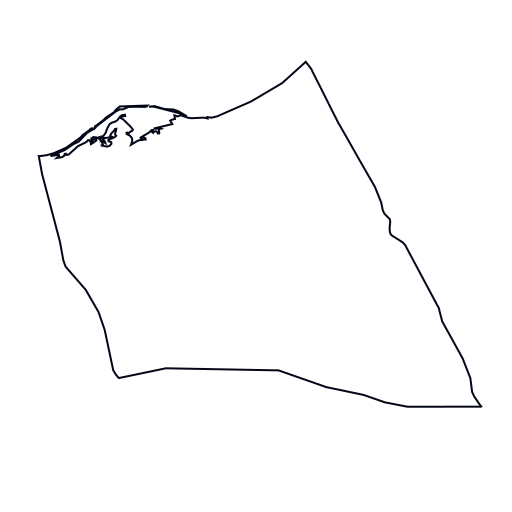 the Governorate of Shamal Sina', rotated 351°
{"feature_id": "EGY-1558", "entity_name": "Shamal Sina'", "entity_type": "Governorate", "adm_level": 1, "iso_a3": "EGY", "parent_name": "Egypt", "parent_adm1": "", "projection": "mercator", "projection_center": [33.332, 30.402], "detail": "fine", "context": "isolated", "style": "outline", "palette": "ink", "viewbox_px": 512, "rotation_deg": 351, "n_neighbors": 0, "source": "natural_earth", "source_scale": "10m", "svg_char_len": 3063}
<svg xmlns="http://www.w3.org/2000/svg" viewBox="0 0 512 512"><g transform="rotate(351 256 256)"><path d="M343.9,92.9L345.7,98.4L352.5,119.9L358.0,137.0L364.7,154.6L373.5,178.2L384.3,206.5L388.0,222.6L388.4,230.9L389.5,234.4L392.2,238.2L394.0,240.7L393.9,243.4L392.3,249.4L392.0,253.0L392.3,255.3L393.6,257.2L403.0,265.5L405.0,268.4L410.7,285.0L421.0,314.7L427.7,334.1L428.2,335.2L428.5,336.4L428.6,337.6L428.6,338.8L429.7,349.8L437.3,370.7L444.1,389.6L448.6,410.2L448.2,424.0L449.5,428.8L453.4,437.1L454.9,439.9L454.7,440.0L382.1,428.6L360.4,420.7L340.2,409.9L304.9,396.5L260.4,372.5L149.4,352.8L101.5,355.1L100.2,353.2L98.7,350.5L97.1,346.3L95.0,305.4L91.7,286.7L82.5,262.7L66.5,237.1L66.2,236.2L65.6,233.5L65.0,229.4L64.6,211.4L57.5,141.2L57.1,123.6L57.1,123.4L57.4,123.5L65.1,123.7L72.4,122.8L85.3,119.4L100.8,111.7L103.8,109.4L110.9,105.8L112.9,104.3L114.1,104.3L114.1,105.8L108.5,107.9L98.8,115.3L93.2,116.9L83.7,121.4L68.7,125.2L77.1,125.2L77.1,126.6L74.7,128.0L80.0,128.0L82.0,127.2L83.1,125.2L84.2,125.2L84.3,126.4L84.9,126.6L85.6,126.4L86.6,126.6L97.3,119.7L106.3,116.9L108.1,115.4L109.2,115.4L109.9,116.5L112.4,117.1L111.8,118.1L110.5,118.3L110.5,119.7L112.3,119.0L116.4,116.9L116.4,115.4L111.7,115.4L111.7,114.1L114.0,113.1L117.0,113.9L119.7,115.9L121.3,118.3L121.7,119.4L122.1,121.4L122.4,122.5L120.0,122.5L125.8,124.6L128.5,124.4L130.8,122.5L130.8,120.9L129.1,120.0L128.3,119.7L128.3,118.3L135.1,116.5L136.7,115.4L135.9,113.9L136.2,112.4L137.2,110.7L137.9,108.5L136.7,108.5L135.6,109.8L132.0,112.6L131.4,113.4L130.9,114.0L130.9,114.6L132.0,115.4L129.7,115.9L125.7,115.9L121.6,115.2L118.8,114.1L124.1,113.6L127.0,110.5L129.2,106.4L132.0,102.9L134.1,101.9L138.4,101.1L140.4,100.1L143.7,96.9L145.8,95.9L148.7,96.0L148.7,97.3L143.9,97.3L143.9,98.6L146.1,100.2L152.3,108.5L154.2,111.9L153.4,113.0L151.2,113.6L148.7,115.4L148.5,114.9L148.5,114.3L148.3,114.0L147.4,114.1L147.4,115.4L150.3,117.4L151.9,120.0L151.8,123.1L149.9,126.6L156.1,124.1L159.4,123.3L161.7,123.7L162.9,123.5L163.7,123.5L165.2,123.7L165.2,122.5L162.9,120.9L161.7,120.9L161.7,122.5L160.6,122.5L160.6,120.9L169.8,117.3L172.4,115.4L173.7,115.4L172.4,116.9L173.7,118.3L174.9,117.1L176.4,117.0L177.6,117.9L178.3,119.7L179.6,119.7L179.8,118.0L179.7,115.9L179.5,115.6L182.0,115.4L180.3,114.5L178.6,114.8L177.0,114.6L174.9,114.1L194.0,112.6L192.4,108.9L194.7,108.2L197.4,108.0L197.4,104.3L199.3,105.2L199.9,105.8L201.1,105.8L203.4,105.1L210.4,108.8L213.6,109.8L226.3,111.2L229.7,112.6L229.7,111.2L233.7,112.4L239.4,112.0L275.3,102.6L308.9,89.3L335.2,72.2L335.5,72.0L339.8,79.8L340.8,83.2L343.9,92.9ZM140.4,89.7L144.9,87.0L172.4,90.4L171.3,91.3L169.1,91.3L163.7,90.3L158.5,89.5L153.4,88.8L147.4,90.4L144.6,89.8L140.0,91.4L119.1,102.7L115.4,105.8L117.4,102.7L121.5,100.7L124.8,98.9L127.0,97.6L129.3,95.9L138.4,91.7L140.4,89.7ZM192.1,97.3L197.4,98.4L202.0,100.9L209.5,107.1L205.8,104.4L178.7,92.6L173.7,91.8L179.1,92.0L188.1,96.3L192.1,97.3ZM123.0,119.3L122.4,118.3L121.5,118.3L122.7,117.3L123.8,117.6L124.5,118.9L124.9,120.9L123.0,119.3Z" fill="none" stroke="#020617" stroke-width="2"/></g></svg>